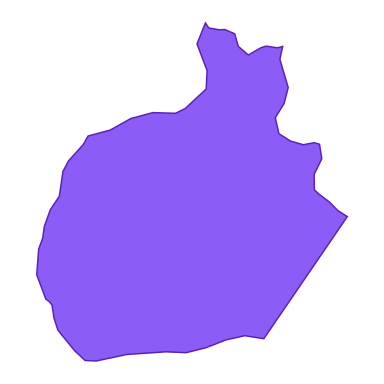 the Province of Aksaray
{"feature_id": "TUR-3021", "entity_name": "Aksaray", "entity_type": "Province", "adm_level": 1, "iso_a3": "TUR", "parent_name": "Turkey", "parent_adm1": "", "projection": "natural_earth1", "projection_center": [33.872, 38.466], "detail": "fine", "context": "isolated", "style": "filled", "palette": "violet", "viewbox_px": 384, "rotation_deg": 0, "n_neighbors": 0, "source": "natural_earth", "source_scale": "10m", "svg_char_len": 830}
<svg xmlns="http://www.w3.org/2000/svg" viewBox="0 0 384 384"><path d="M175.4,113.3L185.1,108.6L206.2,89.0L207.1,70.6L197.0,43.9L205.4,23.0L208.9,28.0L219.4,29.8L224.8,29.5L234.7,33.8L238.3,46.4L248.3,55.0L261.0,47.7L266.2,46.1L277.2,47.8L282.7,46.5L279.9,59.3L288.2,87.5L284.1,103.5L275.3,117.7L278.9,133.7L290.6,141.1L303.3,144.7L314.2,142.7L319.5,144.2L321.8,158.7L314.1,174.5L314.4,189.8L318.8,194.0L329.3,201.9L337.7,210.5L347.3,216.6L263.8,338.7L244.8,335.7L225.6,340.0L206.0,347.7L186.1,352.7L166.0,351.8L126.5,354.5L96.2,361.0L85.1,360.5L74.8,350.9L57.9,330.2L54.0,318.0L52.0,305.0L49.2,301.5L45.9,299.2L36.7,274.7L38.7,249.0L42.7,238.2L44.3,226.5L50.3,209.8L59.3,196.3L63.0,171.4L68.6,160.8L83.2,144.6L88.1,136.0L110.1,130.1L130.9,118.5L152.9,112.6L175.4,113.3Z" fill="#8b5cf6" stroke="#5b21b6" stroke-width="1.5"/></svg>